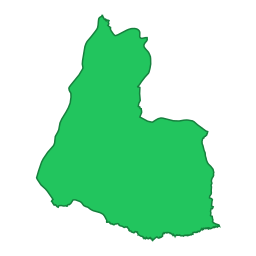 Sanom, Surin, Thailand (orthographic projection)
{"feature_id": "78962969B59792797819888", "entity_name": "Sanom", "entity_type": "district", "adm_level": 2, "iso_a3": "THA", "parent_name": "Thailand", "parent_adm1": "Surin", "projection": "orthographic", "projection_center": [103.803, 15.196], "detail": "fine", "context": "isolated", "style": "filled", "palette": "green", "viewbox_px": 256, "rotation_deg": 0, "n_neighbors": 0, "source": "geoboundaries", "source_scale": "gbopen_adm2", "svg_char_len": 5892}
<svg xmlns="http://www.w3.org/2000/svg" viewBox="0 0 256 256"><path d="M58.2,207.2L58.6,206.1L59.0,205.7L59.6,205.6L61.4,205.5L63.5,206.0L65.1,205.9L66.0,205.6L66.4,206.1L67.1,206.2L67.5,205.9L67.6,205.1L68.1,204.6L68.5,204.5L69.4,204.6L70.9,203.3L73.0,200.0L73.8,199.8L75.5,199.9L79.7,201.4L80.5,201.8L81.6,202.7L83.7,205.5L85.6,206.5L87.9,207.2L90.4,209.2L92.0,210.1L93.3,210.7L100.0,212.6L102.3,213.8L103.2,214.4L104.6,216.2L106.7,220.2L106.8,220.8L106.6,221.9L106.7,222.2L109.2,222.1L109.8,222.4L110.1,222.9L110.0,223.3L110.7,223.8L111.2,223.7L112.0,224.1L112.6,223.9L113.0,224.5L114.0,224.8L115.4,223.9L116.6,223.9L117.3,223.6L118.0,223.7L118.7,224.2L119.0,224.7L119.1,225.2L120.2,225.8L122.1,226.2L122.9,226.7L123.3,226.8L124.0,227.4L124.8,227.4L125.5,226.8L126.3,227.1L127.2,226.9L127.6,227.7L128.2,228.4L128.4,228.8L129.1,229.3L128.9,229.8L129.0,230.4L129.7,231.0L130.7,230.9L131.1,231.2L131.3,231.9L133.9,232.8L134.2,232.7L135.1,231.5L135.9,231.7L136.2,232.1L136.7,231.9L137.4,232.0L137.5,233.1L138.3,234.3L138.2,234.7L138.5,234.6L138.7,234.9L141.0,236.2L142.7,236.5L142.9,236.7L143.1,237.6L143.7,237.5L144.0,237.7L143.8,238.3L144.0,238.6L144.6,238.2L145.4,238.7L145.6,238.1L146.2,238.0L146.4,237.4L146.7,237.6L146.9,238.4L148.1,238.3L148.3,238.4L148.3,238.8L148.5,238.8L150.0,237.6L150.2,238.1L150.5,237.8L150.9,238.1L151.0,238.8L151.8,238.8L152.0,239.3L152.0,239.7L152.4,239.9L152.3,240.3L152.5,240.6L152.8,240.5L153.0,239.8L153.3,239.4L154.0,239.2L155.0,238.2L156.7,237.0L157.3,237.1L157.9,237.8L158.9,238.1L159.4,237.7L159.9,237.7L160.0,237.1L161.0,237.3L161.8,236.8L162.0,236.3L162.5,236.2L162.6,234.7L163.0,233.5L163.5,233.7L164.0,233.6L163.8,233.0L164.0,232.7L164.4,233.1L165.5,232.6L166.3,232.7L166.6,232.9L167.0,232.5L167.5,232.8L167.9,232.5L169.8,232.8L170.2,233.5L170.7,233.2L171.9,234.0L172.1,234.5L172.7,234.7L173.0,234.5L173.0,235.5L173.3,235.5L173.7,235.0L174.3,235.3L174.5,235.7L174.9,235.7L175.1,236.3L175.4,235.6L176.2,235.5L176.6,234.9L177.0,234.9L177.5,235.3L178.3,235.2L178.9,235.3L179.6,235.0L180.4,235.7L180.7,235.5L181.4,235.8L182.3,235.8L182.8,235.7L183.6,236.1L184.3,235.3L185.2,235.5L185.5,235.2L186.3,235.2L186.6,235.4L186.9,235.2L187.2,235.6L187.6,235.2L188.1,235.5L188.4,235.1L189.0,235.2L189.4,235.0L189.8,235.1L190.4,234.8L191.0,234.8L190.8,234.4L191.0,234.2L192.9,234.3L192.8,233.0L193.0,232.5L194.1,232.5L194.4,232.2L195.8,232.5L196.2,232.1L196.5,232.4L197.0,232.4L197.4,232.1L197.8,231.4L198.4,231.3L198.9,231.7L199.5,231.6L200.9,230.0L201.3,229.8L201.2,229.3L202.0,229.0L201.9,228.6L202.0,228.4L202.6,228.8L202.7,229.3L202.9,229.0L203.5,229.3L203.7,228.3L204.3,228.3L205.4,228.7L205.6,228.6L205.8,228.0L206.1,228.0L206.7,228.5L207.2,228.0L207.9,228.5L208.3,227.8L208.5,227.9L208.5,229.0L209.0,228.8L209.0,228.0L209.1,227.9L209.8,228.2L210.3,228.7L211.4,228.4L212.7,227.6L213.2,227.6L213.2,227.1L213.6,226.9L213.9,226.9L213.9,227.4L214.2,227.6L214.4,227.5L214.5,226.9L215.7,227.1L215.9,226.4L217.4,227.0L217.5,226.3L218.2,226.5L218.8,226.3L218.8,225.7L219.4,226.1L219.1,225.2L218.7,224.9L215.4,223.8L213.8,222.9L213.4,222.8L213.4,222.5L212.5,221.7L212.8,220.7L212.9,219.7L212.5,218.6L212.2,216.3L211.3,216.1L210.5,215.6L210.8,213.7L210.8,212.3L210.5,211.3L211.2,208.6L211.3,208.3L212.3,208.7L212.6,208.3L213.2,206.8L211.5,206.0L212.0,201.0L212.4,199.8L211.6,198.6L211.0,198.5L209.5,197.9L209.5,197.4L209.8,195.9L210.3,195.3L211.1,194.1L211.4,192.8L211.3,192.4L211.2,190.3L211.5,186.8L211.2,186.2L211.1,185.3L211.3,184.5L211.8,183.7L211.9,183.1L211.4,181.4L211.4,180.5L212.0,178.4L213.2,176.5L213.6,175.4L213.5,173.4L213.8,172.5L213.0,169.2L210.8,166.4L208.5,164.2L207.5,162.7L206.5,160.3L206.0,158.0L205.4,156.1L205.1,152.8L204.1,150.5L202.9,145.6L202.1,143.6L202.1,142.8L202.0,141.4L202.7,138.5L203.2,138.0L203.7,138.1L204.2,136.9L204.7,136.5L205.5,136.2L205.7,135.8L206.6,135.1L206.9,134.6L206.8,133.9L207.3,133.4L207.7,131.6L205.9,131.0L197.5,124.8L194.1,121.8L192.5,120.9L188.0,120.1L186.6,120.0L183.8,120.2L179.1,121.0L173.4,120.8L163.0,118.2L160.9,118.0L158.2,118.7L156.0,119.9L152.4,122.2L151.1,122.0L147.6,121.2L139.8,117.0L141.6,112.6L141.6,111.0L141.4,110.2L141.2,108.7L140.2,108.5L139.8,107.0L138.3,106.5L138.6,104.3L138.9,103.1L140.2,100.5L139.6,93.6L139.9,87.6L139.7,87.3L137.8,86.9L137.7,86.6L139.3,84.9L141.4,81.7L144.7,77.4L148.5,73.2L149.1,71.8L150.0,68.2L150.7,64.1L150.6,58.8L150.4,56.7L149.5,54.4L148.5,52.3L145.5,48.9L144.3,47.3L144.0,46.5L143.9,45.5L144.1,44.4L145.0,42.9L146.6,41.0L146.9,40.5L147.2,39.6L147.1,37.6L145.9,37.6L142.3,38.3L141.2,38.3L140.5,38.0L140.0,37.4L139.7,36.7L139.8,32.7L139.6,31.7L139.1,30.7L138.2,29.8L137.1,29.1L135.8,28.7L134.3,28.5L131.4,28.6L128.9,29.3L126.7,30.2L117.9,34.8L115.9,35.5L115.2,35.6L114.7,35.4L113.4,34.1L111.0,30.6L110.5,29.4L110.4,28.6L110.3,28.4L110.6,28.0L110.5,27.4L109.9,27.2L109.6,26.8L108.6,26.2L107.9,25.3L108.3,25.1L108.5,24.3L108.8,23.9L108.7,23.2L108.2,22.5L109.0,20.6L107.7,20.1L107.4,20.3L107.1,20.2L106.8,20.8L106.2,20.9L105.9,20.4L106.1,20.0L106.0,19.5L105.6,19.1L104.9,19.5L104.7,19.2L104.3,19.2L103.7,17.9L103.1,17.4L103.2,17.0L102.6,16.3L102.5,15.4L102.2,15.4L102.3,15.9L101.9,15.8L101.7,16.3L99.6,17.5L99.0,18.3L98.7,19.0L98.4,21.2L98.1,25.1L97.6,27.7L96.8,29.3L95.3,31.4L91.5,36.3L87.1,41.5L85.9,43.8L84.9,46.7L82.6,60.5L82.3,64.1L82.9,67.3L82.9,68.2L82.4,69.3L79.0,75.0L70.6,85.3L69.2,87.3L69.0,87.8L68.9,88.5L69.3,90.5L70.9,93.4L71.0,97.2L70.2,103.0L68.4,107.7L66.2,111.8L61.8,119.0L60.6,121.6L60.0,123.0L58.8,129.6L57.8,132.0L55.3,136.5L54.6,143.0L53.9,144.9L53.3,145.9L47.7,152.3L43.3,158.8L41.7,161.9L41.0,163.8L38.6,170.9L36.6,177.8L37.3,179.3L41.0,184.9L45.5,189.0L47.3,191.1L52.4,198.4L53.0,199.5L52.5,199.8L52.0,200.4L52.0,200.8L51.6,201.1L51.5,201.4L52.6,202.4L53.0,203.6L53.8,204.2L53.8,204.8L54.7,205.1L55.4,204.7L55.8,205.0L55.9,205.3L56.3,205.5L56.5,206.1L57.0,206.3L57.3,206.8L58.2,207.2Z" fill="#22c55e" stroke="#15803d" stroke-width="1.5"/></svg>